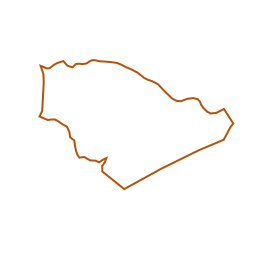 São José do Seridó, Rio Grande do Norte, Brazil, rotated 195°
{"feature_id": "56859067B84729527375837", "entity_name": "São José do Seridó", "entity_type": "district", "adm_level": 2, "iso_a3": "BRA", "parent_name": "Brazil", "parent_adm1": "Rio Grande do Norte", "projection": "albers", "projection_center": [-36.841, -6.478], "detail": "fine", "context": "isolated", "style": "outline", "palette": "amber", "viewbox_px": 256, "rotation_deg": 195, "n_neighbors": 0, "source": "geoboundaries", "source_scale": "gbopen_adm2", "svg_char_len": 1080}
<svg xmlns="http://www.w3.org/2000/svg" viewBox="0 0 256 256"><g transform="rotate(195 128 128)"><path d="M215.3,122.5L216.4,116.2L211.5,115.5L207.5,115.0L204.4,116.3L200.8,117.3L196.7,116.3L192.6,114.8L187.3,113.4L183.8,109.3L181.4,104.0L176.7,102.1L174.4,96.6L172.3,92.5L170.1,89.2L167.2,86.8L162.8,88.7L158.9,87.6L156.1,86.9L150.8,88.1L147.1,87.3L143.9,91.0L141.1,93.3L141.4,89.2L143.1,84.6L141.5,79.3L115.9,68.0L85.2,97.4L53.7,125.0L32.5,141.4L29.3,155.2L27.5,159.6L40.3,171.2L46.6,165.4L52.1,163.4L55.9,164.3L60.4,166.9L63.5,169.5L65.1,171.9L68.1,173.9L72.9,173.7L78.3,171.5L83.7,167.6L87.7,166.8L93.1,167.9L104.4,174.3L110.3,178.0L117.1,179.5L121.2,179.7L125.2,180.5L129.9,182.6L133.3,184.0L139.5,185.4L145.1,186.2L151.0,187.4L155.3,188.0L158.8,187.6L163.7,186.9L167.4,186.2L172.7,185.1L177.7,184.9L180.5,184.0L182.7,182.1L184.7,179.6L188.4,178.0L192.1,177.4L194.9,176.2L197.4,172.2L202.7,172.5L207.7,175.9L213.1,172.5L215.8,169.9L219.3,165.4L222.1,164.5L225.4,165.1L228.5,165.4L223.8,158.5L221.2,150.2L215.3,122.5Z" fill="none" stroke="#b45309" stroke-width="2"/></g></svg>